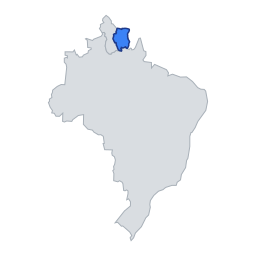 map of Suriname with Brazil and Guyana greyed out
{"feature_id": "SUR", "entity_name": "Suriname", "entity_type": "country or territory", "adm_level": 0, "iso_a3": "SUR", "parent_name": "South America", "parent_adm1": "", "projection": "equal_earth", "projection_center": [-56.071, 3.918], "detail": "fine", "context": "with_neighbors", "style": "filled", "palette": "blue", "viewbox_px": 256, "rotation_deg": 0, "n_neighbors": 2, "source": "natural_earth", "source_scale": "50m", "svg_char_len": 4336}
<svg xmlns="http://www.w3.org/2000/svg" viewBox="0 0 256 256"><path d="M131.1,240.6L130.1,237.8L131.8,235.5L129.7,232.0L122.8,226.0L121.4,226.2L117.6,222.3L115.1,222.8L124.5,210.9L130.4,206.0L130.5,201.8L128.6,198.8L126.7,199.8L128.0,193.8L128.0,190.9L126.6,189.9L125.1,190.8L123.7,190.5L122.9,183.7L122.1,182.2L119.5,180.7L117.9,181.8L113.7,180.7L113.9,173.6L112.8,170.6L114.0,169.5L113.6,166.5L114.7,164.2L115.4,160.0L114.4,156.7L112.2,155.2L111.8,153.0L112.4,149.9L104.7,149.7L103.1,143.5L104.3,143.4L103.3,136.3L100.9,134.7L98.4,134.8L94.0,132.2L92.4,130.1L87.9,129.2L83.4,124.4L83.6,114.6L78.3,115.5L72.7,119.7L71.8,121.4L66.7,121.0L64.5,122.0L62.6,121.4L62.8,113.1L59.5,116.3L55.9,116.2L54.3,113.3L51.7,112.9L52.5,110.6L50.2,107.3L48.4,102.4L49.5,101.4L49.4,99.1L51.9,97.5L51.4,94.5L52.4,92.6L52.7,90.1L57.3,86.4L61.2,84.5L64.8,84.7L66.7,67.3L66.1,64.2L64.3,62.2L64.3,58.2L66.6,57.3L67.4,57.9L67.5,55.8L65.1,55.2L65.1,51.8L73.0,51.9L74.4,50.0L76.3,55.0L77.1,54.3L79.3,57.2L82.5,56.8L83.3,55.2L88.0,53.0L88.4,50.7L91.3,49.1L91.1,47.9L87.7,47.5L87.3,40.3L85.5,38.9L86.3,38.4L92.5,40.5L93.7,39.2L101.1,36.3L102.6,34.2L102.1,32.7L104.2,32.4L105.2,33.7L104.6,36.1L106.0,36.9L106.9,39.5L105.8,41.4L105.2,46.1L106.5,51.4L109.0,53.9L111.0,54.2L111.4,53.1L114.6,51.9L115.9,50.5L121.4,51.2L121.4,47.4L125.0,47.3L129.1,49.6L130.4,48.1L131.3,48.4L131.8,49.9L133.8,49.5L135.4,47.4L139.0,38.4L140.4,38.1L143.7,50.7L145.9,51.6L146.0,55.4L142.9,59.9L144.2,61.6L151.4,62.5L151.5,68.0L154.6,64.4L166.5,69.7L168.5,72.9L167.8,75.9L172.5,74.2L180.4,77.1L186.5,76.9L192.5,81.5L197.7,87.6L200.8,89.2L204.2,89.4L205.7,91.1L207.6,101.4L205.8,110.4L197.8,121.5L195.1,127.7L192.0,132.4L191.0,132.5L189.8,136.4L189.8,146.5L187.9,158.3L186.6,160.4L185.6,167.6L181.4,174.5L180.5,179.9L177.2,182.2L176.2,185.4L171.9,185.4L165.7,187.4L162.9,189.7L158.5,191.2L153.8,195.4L150.4,200.5L149.8,204.4L150.3,207.3L148.6,215.0L145.8,217.8L141.4,226.7L135.4,233.0L133.6,237.8L131.1,240.6Z" fill="#d9dde1" stroke="#a8b0b8" stroke-width="1"/><path d="M119.1,50.8L115.9,50.5L114.6,51.9L111.4,53.1L111.0,54.2L109.0,53.9L106.5,51.4L105.2,46.1L105.8,41.4L106.9,39.5L106.0,36.9L104.6,36.1L105.2,33.7L104.2,32.4L102.1,32.7L99.4,28.5L100.5,27.0L100.4,24.5L103.9,22.6L102.5,20.6L102.9,18.6L106.1,15.4L108.8,17.4L111.3,20.9L111.4,23.7L112.9,23.9L116.7,28.4L116.0,33.4L113.6,34.8L113.0,38.9L114.8,42.9L116.1,42.9L116.7,46.0L119.1,50.8Z" fill="#d9dde1" stroke="#a8b0b8" stroke-width="1"/><path d="M128.8,31.8L128.5,32.2L128.1,32.7L127.6,33.7L127.6,34.0L127.5,34.7L127.6,35.1L127.7,35.4L127.7,36.0L127.6,36.6L127.7,36.9L127.8,37.4L127.9,37.9L127.8,38.1L128.0,38.3L128.1,38.5L128.0,38.9L128.4,39.8L128.7,40.1L129.0,40.5L129.1,40.8L129.3,41.3L129.5,41.5L129.4,41.8L129.4,42.3L129.2,42.8L128.7,43.7L128.6,44.0L128.8,44.8L128.7,45.4L128.7,45.7L128.4,46.3L127.8,47.7L127.5,47.9L127.3,48.3L127.2,48.3L126.8,48.4L126.6,48.2L126.5,47.8L126.4,47.7L126.0,47.8L125.9,47.7L125.7,47.5L125.5,47.2L125.5,46.9L125.4,46.9L125.1,47.2L124.9,47.2L124.6,47.2L124.2,47.5L123.8,47.8L122.7,47.9L122.4,48.0L121.8,47.5L121.6,47.4L121.4,47.4L121.4,47.5L121.3,48.0L121.2,48.2L121.0,48.3L120.8,48.6L120.8,48.8L121.0,48.9L121.3,49.3L121.5,49.7L121.7,50.0L121.7,50.3L121.6,50.8L121.5,51.0L121.3,51.1L120.4,50.8L119.8,50.6L119.5,50.6L119.4,50.5L119.2,50.3L119.0,50.2L118.8,50.1L118.5,50.0L118.2,49.6L118.0,49.0L117.9,48.7L117.7,48.4L117.5,48.0L117.5,47.7L117.4,47.4L117.2,46.9L117.2,46.7L116.9,46.1L116.8,45.9L116.6,45.6L116.4,45.4L116.4,44.9L116.4,44.7L116.3,44.3L116.3,44.1L116.3,43.9L116.1,43.8L116.1,43.5L116.1,42.8L116.0,42.7L115.5,42.7L115.3,42.8L115.0,42.8L114.8,42.7L114.6,42.6L114.6,42.4L114.6,41.9L114.3,41.5L113.9,41.0L113.7,40.4L113.6,40.0L113.1,39.2L113.0,38.7L113.0,38.3L113.2,37.9L113.4,37.3L113.5,36.8L113.6,36.5L113.7,36.1L113.8,35.6L113.7,35.3L113.6,35.0L113.5,34.7L113.7,34.4L113.8,34.2L114.0,34.1L114.4,33.8L114.6,33.8L115.0,33.7L115.6,33.7L115.9,33.7L116.0,33.5L116.0,33.2L116.2,32.9L116.4,32.8L116.4,32.7L116.3,32.4L116.1,32.4L116.0,31.9L116.1,31.7L116.2,31.3L116.3,31.1L116.5,30.8L116.7,30.2L116.7,29.7L116.9,29.2L117.0,28.6L117.4,28.3L119.4,28.6L120.4,28.9L121.6,29.4L121.8,29.9L121.8,29.4L121.7,28.9L122.0,28.5L122.8,28.4L123.9,28.5L124.8,28.3L126.1,28.4L128.0,28.8L128.9,29.1L129.2,29.3L129.3,29.8L129.3,30.4L129.1,31.0L128.8,31.8Z" fill="#3b82f6" stroke="#1e3a8a" stroke-width="1.5"/></svg>